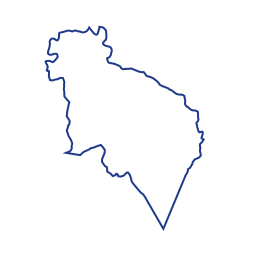 the district of Odsan, Castries, Saint Lucia, rotated 353°
{"feature_id": "8701671B52063001665114", "entity_name": "Odsan", "entity_type": "district", "adm_level": 2, "iso_a3": "LCA", "parent_name": "Saint Lucia", "parent_adm1": "Castries", "projection": "albers", "projection_center": [-60.985, 13.974], "detail": "fine", "context": "isolated", "style": "outline", "palette": "blue", "viewbox_px": 256, "rotation_deg": 353, "n_neighbors": 0, "source": "geoboundaries", "source_scale": "gbopen_adm2", "svg_char_len": 5592}
<svg xmlns="http://www.w3.org/2000/svg" viewBox="0 0 256 256"><g transform="rotate(353 128 128)"><path d="M63.4,145.1L77.2,149.1L80.7,146.5L86.9,144.5L88.6,143.5L91.8,143.2L94.0,142.5L98.9,141.5L100.4,143.5L102.3,146.8L101.8,149.8L98.4,155.9L98.1,158.4L100.4,162.9L102.3,164.4L102.1,168.7L105.3,171.3L107.0,173.8L109.7,173.3L110.7,172.0L111.9,172.5L112.6,174.8L114.8,175.3L117.8,174.8L121.4,172.0L122.7,172.3L124.1,174.8L124.9,178.6L125.1,181.4L126.6,184.2L129.5,188.7L132.7,193.5L135.2,196.0L136.9,199.6L150.8,232.4L179.7,181.5L181.0,180.1L182.0,178.3L182.5,176.3L184.9,174.9L187.5,171.4L188.2,169.6L190.6,167.2L194.5,166.2L195.7,165.4L196.9,164.1L196.9,161.8L196.6,159.6L197.0,157.6L197.5,156.1L197.1,154.4L197.5,152.8L198.1,152.3L199.5,151.2L201.7,148.8L201.6,148.4L201.1,148.1L200.1,147.5L199.9,147.4L199.8,147.1L199.7,146.9L199.8,146.5L200.1,145.9L200.4,145.5L200.7,144.8L201.1,143.9L201.3,143.0L201.7,142.1L201.6,141.3L201.3,140.6L200.5,140.6L199.1,141.0L198.7,141.0L198.2,140.9L197.9,140.5L197.7,140.2L197.6,139.5L197.5,138.9L197.0,136.5L196.8,135.7L196.8,135.3L196.9,134.2L196.8,133.6L196.7,133.1L196.5,132.5L196.4,132.1L196.5,131.6L196.7,131.1L197.3,130.5L197.8,130.1L198.1,129.8L198.4,129.4L198.8,128.7L198.9,128.4L199.0,127.9L199.0,127.6L198.9,127.1L198.9,126.7L198.8,126.1L199.0,124.5L199.1,123.9L199.2,122.8L199.2,122.2L199.3,121.7L199.2,121.3L199.3,120.5L199.1,120.1L198.8,119.9L198.0,119.5L197.6,119.2L197.2,119.0L196.6,118.8L196.0,118.7L195.2,118.5L194.5,118.5L194.1,118.2L193.3,117.9L192.3,117.1L189.7,114.2L189.2,114.0L188.8,113.7L188.5,113.4L188.1,112.9L187.6,111.4L187.6,110.8L187.5,110.6L187.8,109.5L188.1,108.2L187.9,104.8L187.9,103.2L186.8,102.1L185.2,101.4L182.5,101.0L180.1,99.9L178.6,98.6L176.0,96.0L173.9,94.8L173.1,93.8L169.3,91.6L168.7,91.3L168.2,91.1L167.7,90.9L167.2,90.7L166.8,90.3L165.5,89.4L164.6,88.8L164.4,88.1L164.0,87.2L163.8,86.9L163.3,86.2L162.8,85.5L162.5,85.2L162.0,84.6L161.7,84.2L160.9,83.6L160.5,83.1L160.1,82.7L159.4,82.0L158.9,81.6L158.5,81.3L158.0,81.1L157.6,80.8L157.1,80.5L156.1,79.9L155.1,79.6L154.6,79.4L154.1,79.2L153.7,79.1L153.4,78.9L152.8,78.5L152.4,78.2L152.3,77.7L151.9,77.0L151.7,76.6L151.5,76.2L151.2,75.7L150.9,75.2L150.8,74.9L150.5,74.6L150.3,74.4L149.1,74.4L148.2,74.2L147.7,74.0L146.2,73.6L145.1,73.0L144.6,72.7L144.2,72.5L143.8,72.3L142.8,71.8L142.4,71.5L142.0,71.3L141.4,71.0L140.4,70.4L140.1,70.2L139.5,69.9L138.9,69.5L138.5,69.4L138.1,69.3L137.0,69.4L131.8,69.0L131.0,69.1L130.6,69.1L130.0,68.9L129.6,68.7L129.3,68.5L129.0,68.3L128.8,68.0L128.5,67.7L128.3,67.1L128.0,66.4L127.7,66.0L127.4,65.7L127.0,65.4L126.4,65.0L125.7,64.5L125.1,64.2L124.6,63.9L124.2,63.7L123.7,63.4L123.3,63.2L122.8,62.9L122.3,62.7L121.3,62.3L120.7,62.1L119.8,61.8L119.4,61.7L118.7,61.5L118.3,61.4L117.7,61.1L117.3,61.0L116.7,60.6L116.4,60.1L116.4,59.8L116.2,59.2L116.1,58.8L115.9,58.3L115.8,57.8L115.8,57.3L115.7,56.6L115.9,56.1L116.1,56.0L116.7,55.9L117.1,55.8L117.8,55.6L118.0,55.5L118.9,54.7L119.6,53.9L119.8,53.5L121.4,49.1L121.2,47.5L121.1,47.1L120.8,46.5L120.7,46.2L120.2,45.5L119.9,45.3L115.7,43.6L114.0,42.3L113.7,41.9L113.6,40.8L113.6,40.3L116.8,37.6L116.9,37.3L117.1,36.8L117.3,36.3L117.4,35.8L117.5,35.5L117.5,35.0L117.6,34.6L117.7,34.3L117.8,33.8L117.9,33.3L117.9,32.3L118.0,30.9L118.0,30.2L118.0,29.7L118.0,29.0L117.9,28.4L117.8,28.0L117.5,27.7L117.0,27.0L116.8,26.7L116.5,26.3L116.2,25.9L115.7,25.4L115.3,25.2L114.7,24.9L113.8,24.6L113.2,24.4L112.7,24.3L112.3,24.1L111.9,24.1L111.6,25.8L110.4,28.3L109.5,30.5L108.6,31.5L107.5,31.3L106.3,30.6L105.7,30.0L103.7,26.8L103.0,25.8L101.7,23.6L101.2,24.5L98.9,26.8L96.5,27.6L94.4,27.6L91.7,26.2L90.6,26.2L88.4,25.0L86.7,24.8L84.5,25.4L82.1,24.4L81.9,24.3L80.1,24.0L75.8,24.7L72.1,25.1L71.5,25.3L71.2,25.7L71.1,26.2L70.9,27.0L70.9,27.7L70.8,28.4L70.7,28.8L70.5,29.4L70.4,29.7L70.2,30.4L70.1,30.7L69.7,31.3L69.5,31.7L68.8,32.3L68.5,32.4L68.1,32.4L67.8,32.2L67.1,31.7L66.7,31.4L66.4,31.1L65.8,30.5L65.1,30.3L64.5,30.1L64.1,30.0L63.3,30.0L62.9,30.2L62.5,30.4L62.2,30.6L61.7,31.1L61.3,31.6L61.1,32.1L60.9,32.5L60.8,33.1L60.7,33.5L60.8,34.2L60.7,34.7L60.7,35.3L60.6,35.6L60.5,36.3L60.3,36.8L60.1,37.4L60.0,37.7L59.8,38.3L59.6,38.8L59.4,39.3L59.2,39.6L58.9,40.3L58.7,40.7L58.3,41.7L58.0,42.3L57.8,43.3L57.8,43.8L57.7,44.2L57.8,44.5L58.0,44.9L58.5,45.3L58.8,45.4L59.6,45.8L60.0,45.9L60.5,46.0L60.8,45.9L61.6,45.8L62.0,45.8L62.6,45.7L63.0,45.5L63.7,45.4L64.2,45.4L64.8,45.4L65.1,45.5L65.8,45.6L66.2,45.8L66.4,45.9L66.7,46.3L66.7,46.6L66.8,47.3L66.8,47.8L66.9,48.3L66.9,48.8L66.8,49.0L66.7,49.2L66.5,49.4L66.2,49.6L65.5,50.3L64.0,51.8L63.4,52.2L63.1,52.5L62.5,52.8L62.2,53.1L62.0,53.3L61.5,53.4L61.0,53.3L60.7,53.1L60.2,52.9L59.6,52.5L59.2,52.3L58.8,52.1L57.6,51.7L57.1,51.6L56.6,51.6L56.2,51.6L55.4,51.6L54.9,51.7L54.6,51.8L54.3,52.3L54.4,52.9L54.6,53.4L54.8,54.3L55.1,55.0L55.3,55.5L55.5,55.9L55.6,56.3L55.8,57.2L55.7,57.4L55.6,58.0L55.3,58.8L55.6,58.2L54.4,61.0L55.3,61.7L55.6,61.7L56.1,61.6L56.4,61.9L56.4,62.2L56.4,63.2L56.3,63.5L56.2,64.2L55.7,67.7L56.2,69.1L56.3,70.7L57.2,71.2L58.8,71.6L62.1,71.0L64.5,71.0L65.6,70.3L67.6,70.1L69.5,70.5L70.4,74.3L70.3,75.4L69.8,77.0L69.6,79.5L69.0,81.7L69.2,84.3L69.0,85.6L68.8,87.8L68.8,89.2L70.2,91.2L71.1,92.7L72.0,94.0L72.7,94.8L72.9,95.4L72.2,96.9L71.2,99.8L70.4,102.0L69.7,104.2L69.2,106.3L68.7,108.3L68.7,109.1L69.1,109.9L70.6,113.0L71.0,114.0L70.8,115.0L70.4,116.4L69.9,117.6L68.9,118.2L68.6,119.7L68.2,120.5L67.7,121.4L67.2,122.3L67.0,123.7L67.5,125.8L67.8,127.2L67.8,127.8L67.9,128.3L68.0,128.5L68.9,130.4L70.0,133.2L70.8,136.6L69.8,139.3L69.7,141.4L68.3,143.5L65.8,144.7L64.7,144.7L63.4,145.1Z" fill="none" stroke="#1e3a8a" stroke-width="2"/></g></svg>